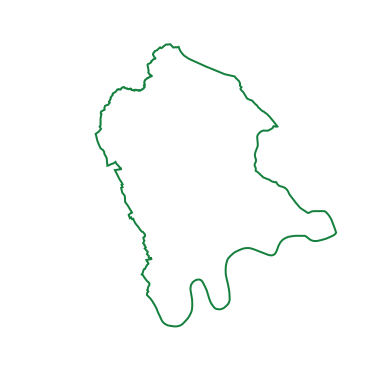 outline of Manorom, Chai Nat, Thailand, rotated 227°
{"feature_id": "78962969B59709031749795", "entity_name": "Manorom", "entity_type": "district", "adm_level": 2, "iso_a3": "THA", "parent_name": "Thailand", "parent_adm1": "Chai Nat", "projection": "orthographic", "projection_center": [100.194, 15.331], "detail": "fine", "context": "isolated", "style": "outline", "palette": "green", "viewbox_px": 384, "rotation_deg": 227, "n_neighbors": 0, "source": "geoboundaries", "source_scale": "gbopen_adm2", "svg_char_len": 6049}
<svg xmlns="http://www.w3.org/2000/svg" viewBox="0 0 384 384"><g transform="rotate(227 192 192)"><path d="M260.6,150.6L250.8,147.7L246.4,146.9L244.9,146.5L244.9,146.3L245.2,145.3L242.9,144.5L243.4,143.0L238.9,140.5L235.7,140.3L234.7,140.0L230.3,136.3L226.0,135.8L217.8,134.1L217.8,133.8L218.3,132.7L218.4,131.9L218.5,130.1L215.2,128.7L215.0,130.2L213.0,129.6L212.4,130.7L209.6,129.7L207.4,129.2L202.4,128.8L199.3,128.3L197.1,128.3L196.6,128.7L195.9,128.9L193.0,128.6L192.5,128.4L192.1,127.3L191.6,127.1L191.8,125.3L190.1,124.3L189.5,124.1L189.0,124.1L188.2,122.3L188.0,121.4L185.6,121.3L185.5,121.2L185.4,120.8L183.0,120.5L182.9,120.2L183.0,118.9L178.3,118.8L177.3,116.7L174.7,116.8L173.9,115.9L172.9,115.9L171.7,117.1L170.7,116.5L173.4,112.3L172.5,111.9L170.9,111.8L169.3,111.2L169.3,109.5L168.9,108.4L168.7,107.3L167.8,105.2L168.0,104.7L168.3,104.2L167.7,102.8L166.5,100.9L166.0,99.0L165.6,99.0L165.3,99.3L164.4,99.4L163.0,99.0L159.0,98.5L157.4,98.4L156.1,98.5L155.8,98.7L154.3,98.6L153.8,98.0L153.1,97.5L152.5,95.4L151.7,94.0L150.8,93.1L150.8,92.3L149.0,92.2L148.8,90.7L148.6,90.1L147.5,88.8L142.9,88.9L141.5,88.8L139.7,88.6L134.8,87.6L131.0,86.6L127.6,85.2L121.9,83.4L119.6,82.6L117.7,82.1L116.9,82.0L115.0,82.1L112.8,82.6L110.7,83.5L106.2,87.0L104.9,88.3L103.9,89.5L102.7,91.6L102.1,93.7L101.9,96.1L102.4,102.5L102.9,104.8L103.9,107.7L105.0,110.2L106.4,112.2L108.5,114.5L111.9,117.6L114.1,119.3L120.8,123.7L122.3,124.9L123.6,126.3L124.5,127.7L125.0,128.9L125.4,130.7L125.5,131.6L125.3,133.3L124.9,134.9L124.5,135.7L123.6,137.0L122.6,137.9L121.2,138.5L120.5,138.5L119.3,138.5L113.3,136.8L109.8,135.6L103.6,132.5L100.3,131.0L97.6,130.1L93.8,129.5L91.5,129.5L90.6,129.8L89.7,130.2L88.9,130.8L87.7,131.8L86.9,132.8L86.3,133.7L85.6,135.8L85.4,137.1L85.3,140.6L85.6,142.6L86.3,144.2L87.3,145.8L88.2,146.7L92.3,150.2L94.4,151.8L98.7,154.6L105.3,158.4L108.7,160.5L111.9,163.3L114.8,166.3L116.8,169.1L118.1,171.3L118.7,173.0L119.0,176.2L119.0,179.9L118.8,182.0L118.4,183.5L117.4,186.6L116.0,190.3L114.5,192.8L113.6,193.9L111.8,195.8L108.8,197.7L94.4,204.7L92.5,205.9L91.8,206.5L90.9,207.6L90.6,208.3L90.2,210.1L90.4,211.5L91.2,213.7L93.7,218.7L94.8,221.9L95.0,223.1L95.2,225.5L95.0,226.9L94.7,228.4L93.9,230.9L93.1,232.6L91.8,234.5L89.4,237.8L83.0,244.6L81.8,245.1L77.0,245.8L75.2,246.4L73.5,247.4L72.5,248.2L71.5,249.4L70.6,250.5L68.5,254.1L66.8,257.4L66.1,259.1L64.3,264.2L63.7,266.4L63.6,267.8L63.9,269.6L65.6,270.5L71.0,272.8L77.2,275.3L81.8,276.2L86.3,276.3L87.5,275.8L88.1,275.3L92.1,271.1L94.6,268.4L95.9,266.7L96.3,265.9L97.0,263.4L97.6,262.5L97.9,262.4L105.2,260.6L106.8,260.3L113.4,260.6L121.7,261.4L123.9,261.7L127.4,262.8L129.4,263.0L131.2,262.9L133.0,262.3L137.2,259.9L139.7,259.8L141.4,260.2L142.1,260.2L142.4,259.6L142.9,259.0L144.6,258.0L145.9,257.4L147.7,257.1L149.0,256.6L149.9,256.0L154.2,254.1L160.7,253.7L162.6,253.4L163.6,253.0L164.6,253.5L165.7,254.7L166.4,255.1L168.3,255.7L169.1,256.2L169.7,257.0L170.5,259.1L171.2,260.1L171.9,260.8L174.5,262.0L176.0,263.0L176.7,263.8L178.1,265.9L180.5,270.9L181.1,271.8L182.7,273.2L187.2,276.7L188.2,277.7L188.6,278.4L189.0,279.5L189.3,281.9L189.3,283.2L188.9,284.6L188.2,286.2L185.7,288.6L185.1,289.4L184.7,290.5L183.8,294.3L183.9,295.0L184.5,296.2L184.5,296.6L183.3,297.4L182.1,298.4L181.7,299.1L186.0,299.6L194.0,300.1L198.4,300.0L199.5,299.6L201.9,299.3L202.6,298.9L203.7,298.6L209.1,298.2L210.8,298.6L213.6,298.2L215.9,298.3L218.0,298.3L218.9,297.7L221.7,296.4L223.0,296.1L230.1,297.6L232.7,297.5L234.3,297.7L234.6,298.0L234.9,299.7L235.5,299.6L237.0,299.6L238.5,301.1L240.8,302.0L245.6,301.8L247.4,302.0L255.8,296.3L274.2,287.8L289.5,281.4L292.1,280.4L297.5,279.2L301.9,279.4L304.5,280.1L307.3,281.2L308.2,279.3L309.0,279.0L309.6,277.8L310.1,277.5L310.5,276.8L312.4,276.9L313.6,276.8L314.8,276.9L315.6,276.0L316.3,274.7L316.9,274.5L317.7,273.0L317.8,271.1L318.0,270.3L317.8,269.0L318.2,267.6L318.4,267.5L319.3,267.5L319.5,267.4L319.6,262.9L320.4,260.7L320.0,260.0L320.0,258.5L319.5,257.9L319.3,257.4L319.1,257.2L316.7,256.5L314.9,256.5L314.6,256.3L314.6,255.8L315.1,255.1L315.5,253.5L315.2,252.4L315.5,251.5L315.3,251.2L314.8,250.8L314.7,250.5L315.0,248.5L315.5,247.4L315.5,246.7L315.3,246.2L314.5,245.6L311.2,243.6L309.4,242.1L309.3,241.6L307.6,241.2L304.4,241.8L304.1,241.5L304.1,241.3L304.5,241.0L304.6,240.6L305.0,240.3L304.9,239.9L305.3,239.6L305.1,238.3L305.4,237.6L305.9,236.9L305.6,235.8L305.9,234.7L305.8,234.2L305.9,233.9L305.6,233.2L305.3,233.0L305.0,232.6L304.9,231.9L304.5,231.7L304.0,231.3L302.8,230.9L302.9,230.0L302.3,229.8L302.4,229.3L301.1,229.1L301.2,228.1L301.0,227.5L300.7,227.4L300.6,227.1L300.8,226.8L300.9,225.9L301.2,225.6L301.0,225.2L301.1,224.6L301.5,223.8L301.5,223.2L302.4,223.2L302.8,222.6L302.6,222.1L303.0,221.9L303.1,221.6L303.4,221.6L303.7,221.4L304.0,221.4L304.2,221.1L305.0,220.8L305.1,220.3L305.5,220.1L305.4,219.2L305.8,219.2L305.9,218.8L306.6,218.6L307.1,217.8L308.2,217.3L308.7,217.4L309.0,217.9L309.3,217.8L309.6,217.5L309.7,217.0L310.1,216.8L310.2,216.0L310.7,215.7L311.0,215.4L311.6,215.0L312.1,215.1L312.5,214.5L313.2,214.4L314.3,213.6L314.9,213.9L315.2,213.8L315.8,212.7L316.0,211.8L316.0,210.8L315.6,210.0L315.6,209.6L315.8,209.4L316.3,209.3L316.7,208.9L316.8,208.4L317.5,208.2L317.4,207.6L317.9,207.0L317.4,205.2L317.4,203.8L318.0,202.1L318.0,201.2L317.7,200.6L317.1,200.4L316.7,197.2L315.9,196.6L315.6,195.8L315.6,195.3L315.0,194.8L314.7,192.8L314.6,192.7L313.4,192.7L313.3,191.4L312.9,190.4L313.2,189.6L313.8,188.7L314.3,187.1L314.2,186.9L313.2,185.2L312.1,184.5L311.8,184.0L312.5,181.9L312.8,180.3L311.9,179.0L311.4,178.7L310.9,178.9L310.5,178.7L310.3,178.2L308.3,175.5L306.9,174.0L305.5,173.0L305.2,172.3L303.7,171.2L302.9,170.3L302.9,169.3L302.8,169.0L300.2,168.5L299.7,164.9L300.2,161.1L299.6,160.9L295.8,158.7L293.3,157.4L289.2,155.9L286.2,154.9L283.3,155.5L281.2,155.1L279.8,154.0L275.1,152.8L268.9,148.0L268.0,150.0L267.7,151.6L267.4,152.0L266.5,154.2L266.2,156.5L264.7,156.1L262.0,156.0L260.1,156.1L259.2,155.7L258.5,155.8L258.2,156.2L257.7,156.1L257.1,155.6L260.6,150.6Z" fill="none" stroke="#15803d" stroke-width="2"/></g></svg>